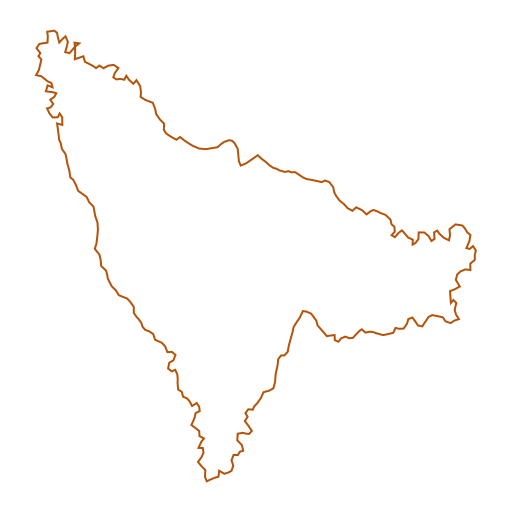 outline of Apucarana, Paraná, Brazil
{"feature_id": "56859067B99141205159881", "entity_name": "Apucarana", "entity_type": "district", "adm_level": 2, "iso_a3": "BRA", "parent_name": "Brazil", "parent_adm1": "Paraná", "projection": "equal_earth", "projection_center": [-51.441, -23.577], "detail": "fine", "context": "isolated", "style": "outline", "palette": "amber", "viewbox_px": 512, "rotation_deg": 0, "n_neighbors": 0, "source": "geoboundaries", "source_scale": "gbopen_adm2", "svg_char_len": 4274}
<svg xmlns="http://www.w3.org/2000/svg" viewBox="0 0 512 512"><path d="M75.0,46.7L69.5,53.1L65.2,52.1L66.9,46.1L67.9,41.9L65.5,36.3L62.8,38.7L59.3,42.5L57.9,37.2L57.0,32.8L54.4,30.7L47.2,31.7L47.8,36.3L47.5,42.6L43.4,43.2L39.4,43.9L36.5,48.1L40.3,53.1L38.5,56.3L41.4,59.4L38.9,70.0L36.1,75.1L41.2,76.2L47.6,81.3L51.4,83.1L52.5,87.3L47.6,85.4L45.9,91.3L52.8,92.2L56.3,93.3L54.3,96.9L50.2,99.7L53.2,103.9L50.7,107.3L47.1,108.4L49.5,113.5L52.8,117.5L57.8,117.2L59.6,113.5L62.2,117.2L62.3,124.9L57.1,123.5L58.6,134.6L59.1,139.6L60.8,143.4L61.8,148.7L65.5,154.1L66.6,159.0L67.5,164.3L69.2,170.1L70.4,177.6L73.1,179.6L75.9,184.9L78.2,190.9L86.6,196.9L89.3,202.4L93.5,206.7L95.2,215.9L97.5,222.6L97.9,229.7L97.3,236.6L96.4,243.8L94.8,248.8L99.4,254.6L100.6,259.4L101.2,266.1L106.0,270.5L107.2,274.7L107.8,278.7L111.8,286.4L115.5,290.0L118.9,295.2L122.9,296.9L126.9,298.4L129.9,301.4L133.8,306.9L133.8,312.9L136.4,316.7L138.8,319.3L141.3,322.8L142.6,326.9L145.3,329.9L149.1,331.3L153.2,334.0L155.1,339.7L161.8,342.8L165.1,346.3L167.4,352.1L171.8,351.9L175.5,354.9L173.4,360.3L169.3,362.7L168.1,368.5L171.8,371.4L175.2,369.8L177.3,374.3L177.7,378.7L177.6,383.4L178.2,389.6L181.8,391.8L183.1,396.8L186.8,398.2L189.3,400.9L192.1,406.0L196.7,403.0L199.2,406.7L199.7,411.1L195.6,413.1L194.6,417.7L193.0,421.5L191.4,425.0L195.0,427.7L199.2,431.0L199.5,436.1L204.0,438.5L201.4,441.6L198.5,447.9L202.8,448.0L203.5,452.7L201.7,456.8L198.0,462.0L201.2,465.8L205.3,470.0L205.0,477.0L206.8,481.3L210.1,479.7L214.9,477.7L218.4,476.7L219.2,470.8L224.4,473.8L228.4,472.5L231.5,470.8L233.3,465.7L231.5,460.3L233.6,454.9L237.8,455.1L239.9,451.7L243.2,450.7L241.8,445.0L237.3,440.3L237.7,433.7L243.0,432.8L246.1,433.7L249.2,433.9L251.8,430.9L249.0,426.6L244.8,421.0L247.6,416.8L245.4,413.2L248.3,409.3L252.8,409.7L254.3,406.2L257.2,403.3L261.0,397.8L263.5,392.2L269.3,390.6L273.4,388.3L275.0,382.4L275.7,373.8L277.6,365.2L278.2,359.2L281.0,355.5L284.4,355.4L287.7,351.8L288.9,345.3L290.6,339.0L292.3,333.0L293.7,326.9L296.6,322.2L299.7,317.7L302.9,311.1L306.5,311.6L311.2,313.7L316.3,320.6L317.6,325.5L322.5,331.0L326.8,336.1L331.5,335.4L334.6,335.1L334.8,340.1L338.4,341.7L341.0,338.4L345.3,336.6L349.2,338.2L352.9,337.9L355.3,335.2L358.9,331.4L361.7,329.3L365.5,332.6L369.6,331.7L372.9,332.0L376.5,333.3L383.1,335.1L388.1,334.1L393.2,332.8L395.6,327.9L399.0,328.8L403.6,328.6L407.0,323.7L408.3,319.1L412.4,317.5L415.3,321.5L418.0,325.5L422.3,326.4L424.3,323.2L426.4,320.2L428.5,317.0L432.1,315.1L436.4,315.9L442.8,317.3L445.5,321.3L450.6,323.1L454.4,320.6L458.9,319.1L456.0,314.6L454.7,309.8L456.3,302.9L453.3,300.0L450.9,302.9L450.0,291.1L455.1,289.1L459.8,286.5L455.8,279.8L457.3,274.3L460.6,271.4L465.3,269.4L470.4,270.0L470.3,263.6L474.8,259.9L474.8,254.6L475.9,250.6L473.0,246.1L469.7,248.9L466.4,248.1L469.5,240.8L470.4,234.9L467.4,232.5L464.9,228.4L462.4,225.5L455.5,224.4L449.5,229.2L450.0,235.3L449.0,240.3L443.9,237.9L439.4,233.7L437.2,230.6L434.1,232.4L434.5,239.0L431.4,241.0L428.5,235.9L424.3,232.5L418.7,232.4L418.4,239.2L415.4,243.1L412.6,244.5L412.8,239.7L408.1,237.5L405.1,233.9L402.0,230.4L398.6,232.8L394.9,237.2L391.6,235.2L394.8,231.7L394.4,226.7L391.6,224.4L390.4,219.5L385.5,214.9L380.3,212.9L377.4,211.4L373.4,210.0L370.5,211.3L366.6,214.4L362.1,210.2L356.2,207.3L352.5,210.8L347.6,208.2L344.1,204.2L339.6,200.6L336.2,196.0L334.2,192.2L333.2,187.2L329.2,182.0L324.9,180.5L321.9,182.1L317.7,181.2L311.2,179.8L306.4,179.0L302.8,177.3L299.4,175.0L295.2,172.2L291.5,172.3L288.5,171.2L284.9,171.9L279.7,170.5L276.6,168.8L273.2,167.8L269.3,165.2L265.5,161.7L261.4,158.7L257.8,155.2L253.1,158.5L246.0,163.4L240.7,165.6L238.9,161.2L237.7,148.8L234.6,143.2L232.2,140.8L229.1,140.2L224.2,141.9L221.3,143.9L217.5,147.2L205.8,149.2L199.0,148.5L192.9,145.9L189.7,144.0L184.4,140.5L180.0,137.0L176.5,139.7L173.0,137.9L169.7,135.9L166.2,133.4L163.9,130.0L164.1,123.7L160.2,119.8L156.1,114.0L155.2,109.0L152.8,102.8L145.7,100.1L140.6,97.0L141.0,92.2L140.2,86.2L136.4,80.2L133.4,83.8L129.0,79.8L126.3,75.8L124.3,79.7L120.4,78.9L116.3,79.4L113.3,77.3L114.7,73.2L118.4,68.0L113.7,64.9L108.3,65.6L103.5,68.2L99.4,65.6L96.0,68.1L92.8,65.8L88.7,63.7L84.9,61.8L83.4,56.3L74.8,59.2L75.2,52.8L75.0,46.7ZM75.0,46.7L79.2,43.4L74.5,42.7L75.0,46.7Z" fill="none" stroke="#b45309" stroke-width="2"/></svg>